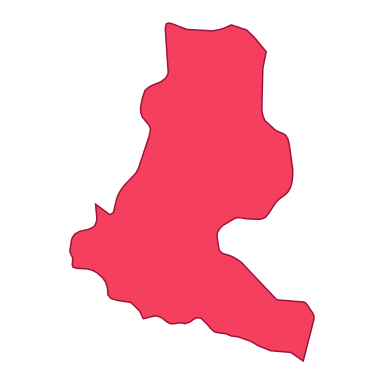 map outline of Chimbu (Robinson projection)
{"feature_id": "PNG-1242", "entity_name": "Chimbu", "entity_type": "Province", "adm_level": 1, "iso_a3": "PNG", "parent_name": "Papua New Guinea", "parent_adm1": "", "projection": "robinson", "projection_center": [144.883, -6.328], "detail": "fine", "context": "isolated", "style": "filled", "palette": "rose", "viewbox_px": 384, "rotation_deg": 0, "n_neighbors": 0, "source": "natural_earth", "source_scale": "10m", "svg_char_len": 1768}
<svg xmlns="http://www.w3.org/2000/svg" viewBox="0 0 384 384"><path d="M231.3,24.9L246.7,30.0L254.2,37.3L266.2,51.7L262.8,68.5L261.8,110.2L263.1,116.4L265.0,120.7L274.6,129.5L277.3,131.3L282.9,133.5L285.3,134.9L287.7,138.4L289.2,143.9L292.8,169.9L292.5,178.5L291.7,183.4L290.2,188.1L287.8,192.0L285.4,194.5L279.5,198.8L276.0,202.2L268.3,213.9L265.5,217.2L262.3,218.8L258.4,219.4L245.5,218.7L241.2,217.8L237.3,217.7L234.1,218.7L222.7,225.5L220.1,228.0L217.2,233.0L217.2,237.9L219.1,249.8L221.1,252.3L223.3,253.8L226.8,254.6L230.9,256.0L234.9,258.0L241.1,262.1L275.7,298.7L277.5,299.9L303.8,302.0L305.5,302.9L307.2,304.9L312.6,312.9L314.1,316.2L313.9,319.5L303.2,361.0L290.7,352.4L270.6,350.7L258.5,345.8L250.1,341.0L238.0,336.8L231.3,336.0L225.8,333.7L218.6,332.8L214.4,331.8L210.9,328.7L206.9,323.9L201.2,318.4L197.2,317.6L193.5,319.3L190.1,321.9L185.1,323.7L180.4,322.7L173.7,323.8L170.2,323.7L166.8,321.8L162.2,318.1L158.7,316.5L155.6,315.9L151.8,316.6L143.9,318.6L143.2,318.7L139.6,311.0L134.0,305.3L130.4,302.3L117.9,300.5L111.0,298.5L107.9,294.8L107.5,288.1L105.9,282.6L102.5,277.6L96.8,272.6L91.7,270.0L86.4,268.8L77.2,268.4L73.1,267.2L72.2,264.4L72.6,260.9L72.6,257.8L71.0,254.5L69.9,251.9L69.9,250.7L71.5,240.0L72.8,236.8L75.0,234.0L79.6,231.4L87.9,229.5L91.6,228.1L94.6,226.0L96.3,222.1L96.9,218.9L95.6,204.2L109.5,214.5L111.1,214.2L113.4,212.4L117.0,197.5L119.0,193.2L121.5,189.0L124.8,184.8L135.7,173.3L138.4,168.5L149.1,136.3L150.2,131.5L150.4,128.4L149.1,125.3L142.3,117.0L140.8,112.7L140.6,107.1L142.4,98.0L144.8,91.0L145.3,90.2L148.6,87.3L151.8,85.5L160.8,81.8L165.3,78.5L167.4,75.3L168.2,72.6L165.3,29.1L166.1,24.0L168.4,23.0L171.9,23.7L186.8,29.4L212.3,30.9L219.1,29.7L223.8,28.3L231.3,24.9Z" fill="#f43f5e" stroke="#9f1239" stroke-width="1.5"/></svg>